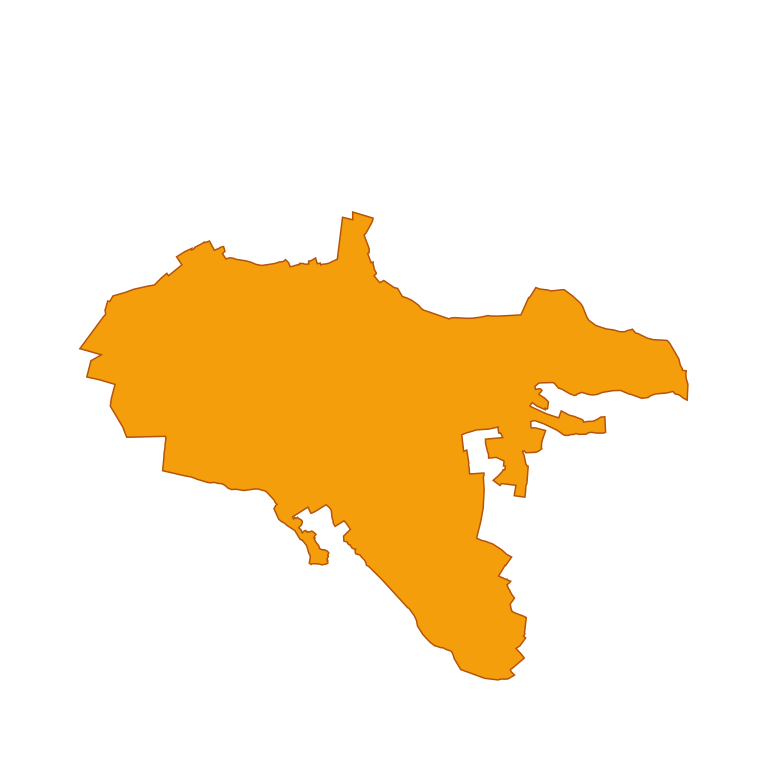 Crasna, Salaj, Romania (Albers equal-area conic projection), rotated 215°
{"feature_id": "2599482B62155795885644", "entity_name": "Crasna", "entity_type": "district", "adm_level": 2, "iso_a3": "ROU", "parent_name": "Romania", "parent_adm1": "Salaj", "projection": "albers", "projection_center": [22.821, 47.154], "detail": "fine", "context": "isolated", "style": "filled", "palette": "amber", "viewbox_px": 768, "rotation_deg": 215, "n_neighbors": 0, "source": "geoboundaries", "source_scale": "gbopen_adm2", "svg_char_len": 6171}
<svg xmlns="http://www.w3.org/2000/svg" viewBox="0 0 768 768"><g transform="rotate(215 384 384)"><path d="M177.4,581.9L188.6,574.9L194.9,572.5L204.9,571.0L207.1,570.1L212.1,571.3L212.7,570.2L215.4,567.3L216.0,566.0L217.2,564.6L220.8,562.1L226.5,560.2L233.9,556.4L244.2,553.4L252.7,553.7L255.9,555.0L266.2,561.7L269.7,562.9L279.9,564.3L290.3,564.6L291.8,563.7L300.6,556.0L303.9,554.9L311.0,551.1L314.9,550.1L314.3,538.7L314.3,538.2L314.9,538.1L314.9,536.9L311.5,519.1L328.9,505.5L335.6,500.9L338.1,499.7L342.5,494.9L349.2,488.7L353.4,485.6L364.9,478.4L367.5,475.9L367.9,474.7L393.8,467.3L396.6,467.2L401.4,468.4L409.4,468.5L415.0,467.5L419.1,466.2L427.7,470.1L431.1,468.8L443.5,468.7L445.6,464.6L454.2,466.9L453.6,470.1L453.9,470.5L457.7,472.4L462.1,476.5L462.9,477.7L464.1,476.0L472.3,481.6L471.5,483.1L473.9,486.5L485.7,494.5L485.3,497.5L486.4,507.8L486.9,510.9L488.1,513.6L508.3,506.9L503.8,500.6L513.6,496.8L493.8,459.4L497.0,454.1L497.8,452.3L500.1,449.4L503.4,446.5L504.1,445.2L505.5,446.5L507.7,444.3L512.3,448.0L514.6,443.0L516.3,441.4L514.5,439.2L516.8,437.3L518.0,436.6L519.2,436.4L521.9,434.7L522.4,434.2L521.7,433.4L523.3,432.0L526.8,427.5L528.2,426.3L531.6,428.6L536.0,429.4L536.5,427.5L537.5,425.7L539.8,423.9L541.8,421.0L544.7,418.0L552.1,411.0L557.4,408.6L563.1,407.4L567.5,405.8L577.1,401.1L579.2,400.7L582.9,398.9L585.2,395.8L591.1,398.1L590.5,400.8L590.6,401.7L594.3,404.6L596.3,402.3L597.1,400.2L599.7,396.3L609.0,401.0L611.7,397.2L612.6,397.3L613.6,394.6L617.5,387.2L617.0,386.3L618.4,383.4L619.1,383.8L619.3,384.7L623.0,378.3L626.9,369.2L617.9,365.7L622.6,349.1L625.4,350.1L627.3,342.6L628.9,333.3L632.7,329.7L643.3,318.1L648.7,310.3L656.5,300.8L656.0,294.3L657.9,293.5L655.3,286.1L655.0,284.6L652.5,282.0L651.9,280.5L652.4,278.5L653.4,238.5L632.3,245.8L637.4,234.9L631.5,219.3L619.6,224.2L604.1,229.4L598.9,215.4L595.5,208.9L573.3,198.9L564.2,192.8L533.0,215.8L531.3,214.1L529.4,210.3L527.0,206.4L523.8,199.9L523.2,199.4L515.6,186.0L494.8,194.4L488.3,197.4L482.1,198.9L471.5,202.4L469.0,203.9L466.5,206.1L463.4,207.2L459.1,209.5L454.6,209.7L452.6,209.2L448.5,210.0L444.7,213.0L437.8,216.3L429.4,224.1L426.5,225.9L420.2,228.1L418.0,228.2L407.6,225.9L404.5,224.3L402.6,224.1L403.0,222.2L402.6,218.7L392.6,212.8L388.6,212.5L385.7,213.0L382.4,212.5L372.9,212.8L363.9,208.7L361.9,208.9L361.7,209.3L355.4,207.5L353.7,206.5L348.5,202.2L346.0,201.1L344.8,199.4L342.5,194.4L340.2,194.3L339.9,195.4L335.8,198.3L333.0,199.7L331.3,200.1L328.0,203.5L327.3,204.8L327.5,205.6L329.2,206.7L328.9,207.3L330.4,208.0L330.6,210.7L331.1,211.3L331.7,211.2L332.2,212.1L332.1,213.5L332.5,214.1L334.8,214.6L338.1,213.9L339.1,212.9L342.4,212.2L344.8,214.2L348.4,215.1L352.1,216.9L352.0,218.2L353.5,218.1L353.5,221.9L358.0,222.3L359.0,221.9L360.5,219.6L361.9,219.4L362.2,218.5L364.3,219.1L365.1,217.7L365.6,215.2L368.7,217.1L371.5,217.2L370.8,220.8L371.3,223.3L372.2,224.7L373.8,225.2L376.7,224.9L378.4,225.2L378.9,223.4L380.5,223.5L380.8,221.6L382.7,222.7L375.7,239.5L370.4,236.5L369.7,236.2L369.3,236.5L367.3,240.0L362.2,251.9L357.9,251.5L354.8,250.3L349.4,244.2L347.3,242.8L345.9,241.0L342.4,239.3L338.3,249.0L335.5,248.4L328.1,245.7L329.9,236.2L326.8,232.3L323.2,233.5L322.3,232.5L320.1,232.3L319.6,232.8L316.4,231.3L314.4,231.5L312.5,232.4L312.4,231.3L310.4,229.0L309.6,228.7L305.7,230.1L304.9,230.0L303.6,229.4L299.0,228.6L295.9,227.0L294.7,225.6L291.4,225.7L273.4,222.6L236.2,214.3L234.7,214.5L226.3,211.6L221.9,209.0L217.6,204.9L208.7,201.1L200.7,199.4L197.1,198.8L191.7,198.7L190.9,199.3L186.2,200.6L184.1,201.9L180.9,202.2L176.0,203.6L174.7,203.3L171.9,201.7L168.8,199.2L157.3,194.1L132.6,200.7L120.9,207.0L118.0,210.3L116.7,210.8L113.4,213.4L110.1,220.4L115.0,221.3L116.7,222.6L115.9,224.6L111.9,240.0L117.5,241.7L124.2,243.0L122.5,247.6L122.3,257.3L125.2,257.5L125.2,260.1L126.3,261.0L133.5,274.3L137.3,273.7L144.8,271.7L148.7,271.2L151.0,272.8L154.4,276.1L154.3,283.4L158.3,284.8L161.9,286.5L162.5,287.2L165.1,287.9L165.6,288.6L168.1,289.8L167.1,294.0L167.1,295.1L170.1,294.3L171.1,294.8L171.7,294.0L180.0,292.4L180.8,305.1L180.2,305.1L180.2,315.5L185.7,314.8L192.7,315.7L203.1,315.3L210.6,313.4L214.3,311.9L219.7,310.8L225.8,326.7L231.6,339.3L241.2,354.6L249.4,365.0L249.7,366.5L251.1,368.4L262.3,359.4L266.2,364.2L268.4,366.3L269.0,367.7L277.8,376.8L278.4,377.4L280.1,374.5L291.2,387.0L288.5,391.1L281.8,399.5L272.3,407.2L265.8,414.2L264.5,412.3L262.0,409.9L261.5,409.6L260.5,410.8L256.0,408.2L269.3,397.0L266.8,393.7L260.2,387.8L258.4,386.7L255.8,383.3L249.9,388.3L241.8,389.7L241.1,389.1L239.2,385.5L237.9,386.4L237.3,386.0L235.9,382.9L237.3,382.0L236.9,380.4L237.7,374.1L239.3,367.7L230.7,367.4L230.7,369.8L217.8,376.7L213.3,367.2L203.7,372.1L206.3,377.0L209.4,382.0L209.7,383.9L210.6,385.7L218.7,399.3L219.7,399.0L221.8,399.8L228.3,405.9L231.9,408.2L231.8,408.7L230.5,409.7L228.4,409.0L221.4,414.4L219.9,415.9L218.9,417.5L217.6,421.5L218.6,422.1L221.2,426.4L222.4,429.7L224.9,438.6L233.8,435.3L235.8,434.3L238.0,432.5L240.2,434.3L240.4,435.2L242.3,437.2L240.7,439.5L239.1,440.6L230.4,443.0L215.7,445.4L207.6,445.4L205.9,445.9L203.5,447.7L201.7,450.0L199.5,451.6L198.4,453.5L195.6,454.4L189.7,458.8L189.3,459.4L189.2,460.3L187.0,463.0L180.9,466.2L175.6,470.1L174.8,471.6L184.3,483.8L187.4,481.3L188.5,478.4L190.7,474.4L192.0,472.9L195.8,470.1L198.5,467.3L200.1,468.4L201.5,468.5L209.8,466.5L214.1,464.8L223.4,463.6L221.5,456.6L222.0,456.3L233.5,452.8L251.1,449.6L251.8,449.7L252.0,450.4L251.8,451.5L252.1,452.4L251.7,453.8L246.0,453.7L237.2,455.4L238.1,456.6L235.9,457.1L236.0,457.8L239.0,463.7L244.5,464.6L250.9,464.3L251.3,464.8L250.8,468.6L251.0,469.4L252.9,469.8L253.9,469.3L256.8,466.5L259.0,468.5L257.8,473.2L256.7,474.5L246.4,482.1L244.8,482.3L238.7,480.7L235.3,481.8L225.8,482.6L221.6,483.8L220.3,484.9L219.8,486.8L217.3,490.5L209.6,493.1L206.1,495.2L203.4,497.7L200.4,502.3L192.7,509.8L186.6,514.4L177.6,516.3L175.9,517.1L164.7,520.1L160.1,524.2L158.6,527.8L156.1,531.4L147.6,538.5L142.9,543.7L139.9,542.8L136.8,544.1L135.2,544.4L130.7,544.1L126.4,544.7L134.9,558.1L139.8,562.0L142.5,565.4L143.9,568.2L147.5,566.4L148.5,567.7L151.8,569.2L156.8,573.6L172.3,580.8L175.9,582.0L177.4,581.9Z" fill="#f59e0b" stroke="#b45309" stroke-width="1.5"/></g></svg>